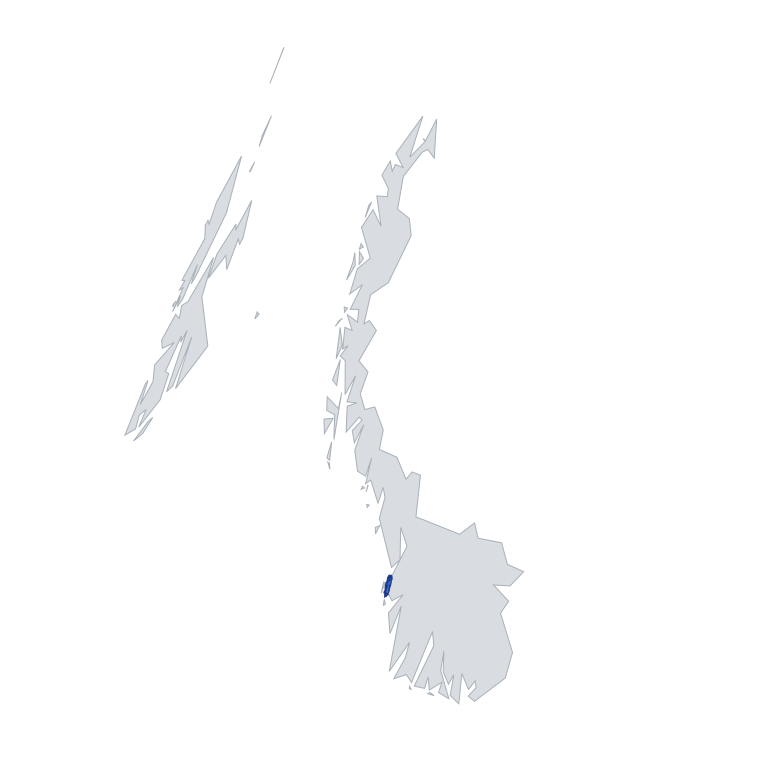 location of Hitra nor, Sør-Trøndelag, Norway, rotated 293°
{"feature_id": "86288312B1227555163680", "entity_name": "Hitra nor", "entity_type": "district", "adm_level": 2, "iso_a3": "NOR", "parent_name": "Norway", "parent_adm1": "Sør-Trøndelag", "projection": "equal_earth", "projection_center": [8.707, 63.554], "detail": "fine", "context": "in_parent", "style": "filled", "palette": "blue", "viewbox_px": 768, "rotation_deg": 293, "n_neighbors": 0, "source": "geoboundaries", "source_scale": "gbopen_adm2", "svg_char_len": 8678}
<svg xmlns="http://www.w3.org/2000/svg" viewBox="0 0 768 768"><g transform="rotate(293 384 384)"><path d="M460.9,336.8L431.5,342.1L436.7,345.7L430.2,356.1L395.6,351.8L388.9,364.5L365.7,366.0L353.0,376.3L359.3,384.5L341.3,401.3L321.9,405.3L321.6,424.5L304.9,441.5L314.1,444.3L314.2,453.2L274.2,465.3L275.2,512.3L291.5,521.7L278.8,530.8L283.8,554.3L266.2,568.0L265.8,585.9L247.4,578.9L241.8,563.4L232.7,583.6L218.6,580.8L187.1,607.2L160.7,610.5L127.3,591.3L129.6,583.5L140.5,587.4L146.6,583.9L135.9,581.2L147.8,568.8L118.9,577.8L123.1,566.6L143.7,561.9L132.8,560.7L142.2,550.9L161.4,543.6L142.6,548.0L119.6,566.7L121.3,554.8L132.1,553.8L120.0,545.3L131.6,539.0L119.7,540.3L117.7,529.9L162.5,532.1L175.1,525.4L119.9,526.0L125.3,518.3L116.6,508.2L140.4,510.6L156.1,508.5L121.5,501.1L186.2,486.7L156.6,487.0L174.9,477.6L197.6,483.9L187.6,476.0L196.6,465.2L243.7,468.6L258.5,455.4L228.5,467.4L218.0,462.6L258.5,432.2L280.1,429.2L288.5,423.6L272.0,425.0L290.4,409.3L285.0,406.0L311.0,401.5L291.9,403.0L293.4,393.7L311.6,383.0L338.6,381.2L318.3,379.7L328.7,373.0L342.1,378.0L343.8,374.2L325.0,367.9L349.2,358.8L356.0,366.3L353.1,356.9L380.5,354.6L359.1,352.3L390.3,339.2L392.8,332.7L405.3,336.0L400.0,332.3L420.9,325.9L420.9,333.7L433.5,323.1L430.6,335.4L442.9,331.7L439.5,323.7L467.0,325.3L453.5,317.3L479.7,314.5L494.4,322.3L519.3,302.1L540.2,305.8L527.9,319.8L554.3,303.9L557.8,313.8L565.5,311.8L575.4,300.5L591.7,302.7L583.0,308.5L590.5,308.7L590.7,317.0L600.9,304.9L645.8,315.1L602.9,319.1L623.1,327.1L648.4,329.0L611.5,342.0L617.0,332.7L612.3,328.6L582.5,320.7L550.2,328.2L546.2,342.7L531.2,351.0L479.1,348.4L460.9,336.8ZM337.4,162.2L366.8,165.0L364.3,169.8L377.4,167.2L383.0,171.3L433.9,177.7L393.1,182.3L350.1,207.0L298.3,193.9L352.3,188.6L299.8,190.3L292.0,186.9L356.4,181.8L342.9,180.7L348.9,178.7L310.1,177.9L309.4,181.8L282.0,184.1L248.5,175.1L267.7,175.0L259.7,170.9L245.6,172.9L235.7,165.5L290.8,164.3L295.1,165.4L270.1,167.7L296.1,170.4L311.8,165.4L340.4,174.8L330.1,166.0L337.4,162.2ZM400.6,157.5L448.0,162.2L460.3,157.5L466.0,158.0L462.8,160.6L486.0,158.8L538.2,163.8L480.2,172.1L409.4,168.6L400.9,167.4L421.0,165.6L383.2,165.4L374.3,163.5L385.2,162.3L367.9,161.1L394.0,161.4L390.7,159.0L401.3,160.2L400.6,157.5ZM438.3,179.5L473.4,185.3L467.6,187.3L501.4,190.5L463.4,197.1L456.3,196.5L460.5,193.2L427.9,194.5L440.5,188.2L412.9,181.0L438.3,179.5ZM343.6,351.7L359.5,348.4L313.4,359.6L336.4,350.6L337.3,341.6L350.0,336.8L343.6,351.7ZM367.6,335.0L389.3,334.3L364.2,341.0L367.6,335.0ZM388.6,330.1L418.9,321.6L403.2,330.5L388.6,330.1ZM233.6,175.7L257.3,181.5L262.8,184.2L244.2,181.2L233.6,175.7ZM328.3,342.5L332.5,350.6L315.1,348.5L328.3,342.5ZM493.5,305.8L482.1,311.2L465.1,308.9L484.3,307.8L493.5,305.8ZM496.2,309.7L491.7,316.0L484.4,314.3L496.2,309.7ZM293.7,360.3L310.4,358.4L292.5,363.8L293.7,360.3ZM653.7,160.5L616.0,161.5L654.9,160.3L653.7,160.5ZM565.0,174.9L587.0,175.6L553.8,176.3L565.0,174.9ZM530.2,301.6L542.5,300.2L546.7,301.5L530.2,301.6ZM504.2,308.1L502.1,311.5L498.4,308.6L504.2,308.1ZM439.4,317.3L439.6,320.8L434.6,319.6L439.4,317.3ZM400.8,239.1L399.5,241.8L393.4,239.6L400.8,239.1ZM538.0,178.2L527.8,177.9L526.6,177.1L538.0,178.2ZM248.6,432.1L252.0,435.4L242.7,434.7L248.6,432.1ZM418.1,316.6L424.5,317.9L428.3,319.9L418.1,316.6ZM374.4,158.8L378.9,160.0L372.2,159.5L374.4,158.8ZM201.2,462.7L190.4,463.1L201.6,461.1L201.2,462.7ZM185.8,468.4L181.8,471.3L180.0,469.8L185.8,468.4ZM289.8,364.7L284.3,367.6L290.2,362.7L289.8,364.7ZM118.0,546.8L116.7,551.9L116.0,545.3L118.0,546.8ZM280.7,406.7L278.2,404.1L281.5,404.2L280.7,406.7ZM625.2,323.9L624.4,326.7L623.9,326.2L625.2,323.9ZM283.8,409.1L277.7,409.7L285.0,408.5L283.8,409.1ZM266.2,415.1L266.8,417.6L263.9,416.8L266.2,415.1ZM115.7,525.7L113.1,528.7L113.7,526.2L115.7,525.7Z" fill="#d9dde1" stroke="#a8b0b8" stroke-width="1"/><path d="M204.6,463.9L204.0,464.2L203.9,464.2L204.0,464.2L203.9,464.2L203.7,464.3L203.8,464.2L203.6,464.3L203.9,464.1L203.4,464.2L203.5,464.1L203.1,464.2L203.1,464.3L203.5,464.4L203.1,464.5L203.3,464.5L203.5,464.5L203.3,464.6L204.1,464.7L203.1,464.9L202.9,465.0L203.1,465.1L202.8,465.2L202.7,465.1L202.9,465.0L202.4,464.9L202.6,464.8L202.2,464.8L202.8,464.7L202.6,464.6L202.8,464.5L202.6,464.5L202.5,464.4L202.6,464.2L199.5,464.5L199.1,464.6L199.3,464.7L199.2,464.7L198.5,464.7L198.3,464.8L198.2,465.0L198.4,465.2L198.3,465.3L198.2,465.2L197.9,465.2L198.2,465.1L198.2,464.8L197.6,464.8L196.9,464.9L196.2,465.3L196.3,465.3L195.9,465.4L196.8,465.5L197.8,465.8L198.1,465.7L197.9,465.8L198.2,465.9L199.1,466.0L199.6,466.0L199.8,466.2L201.0,466.2L199.6,466.2L198.3,466.0L197.5,466.1L196.1,466.5L196.3,466.4L195.6,466.4L195.1,466.2L194.6,466.4L194.4,466.3L194.5,466.3L194.3,466.4L194.4,466.5L194.2,466.5L194.2,466.4L193.9,466.4L193.7,466.4L193.9,466.5L193.6,466.5L192.9,466.6L192.9,466.8L191.9,467.2L192.0,467.3L192.1,467.2L192.1,467.3L192.4,467.2L191.9,467.3L190.9,467.7L190.7,467.9L190.6,468.1L190.9,467.9L191.1,468.0L190.9,467.9L190.6,468.2L190.8,468.2L191.5,467.7L192.0,467.6L192.1,467.4L192.4,467.4L192.5,467.4L192.5,467.2L192.8,467.0L192.7,467.1L192.9,467.1L193.3,466.9L193.6,466.9L193.4,467.0L193.5,467.0L193.3,467.0L193.0,467.1L192.9,467.2L192.3,467.6L190.9,468.2L191.3,468.1L191.0,468.2L190.9,468.4L191.3,468.4L191.1,468.5L190.9,468.8L192.3,468.8L191.7,469.0L192.4,469.0L191.8,469.1L192.2,469.3L192.7,469.3L192.3,469.3L192.6,469.4L192.5,469.5L193.1,469.4L193.4,469.4L193.5,469.5L194.2,469.5L193.9,469.4L195.6,469.5L196.1,469.3L196.4,469.3L196.7,469.1L197.4,468.8L197.3,468.7L198.5,468.5L199.0,468.4L199.1,468.5L200.7,468.1L200.5,468.3L201.2,468.1L201.7,468.1L202.4,468.2L202.3,468.3L203.9,468.0L205.7,467.5L206.2,467.5L207.5,467.3L208.8,466.9L209.1,466.6L210.0,466.3L210.1,466.1L209.9,466.0L210.0,465.9L209.4,465.9L209.0,466.1L209.1,466.3L208.8,466.3L208.5,466.5L208.8,466.2L208.5,466.2L209.0,465.8L208.7,465.9L209.0,465.7L208.7,465.7L208.0,465.4L207.7,465.2L207.3,465.3L207.5,465.4L206.8,465.2L206.2,465.3L205.9,465.5L206.0,465.6L205.8,465.7L205.5,465.7L205.1,465.7L205.3,465.5L205.1,465.4L205.3,465.4L205.2,465.4L205.5,465.3L205.5,465.2L205.3,465.1L205.6,465.0L205.6,464.9L205.1,464.7L204.8,464.7L204.5,464.7L204.4,464.7L205.2,464.6L205.7,464.3L205.8,464.2L205.6,464.2L205.8,464.0L205.6,463.9L205.7,464.0L204.6,463.9ZM208.3,463.7L206.7,463.8L206.9,463.8L206.5,463.9L207.0,464.0L206.5,464.2L207.1,464.2L207.0,464.3L206.2,464.6L206.3,464.6L206.0,464.7L206.6,464.7L206.1,464.8L207.6,464.9L208.0,464.8L207.9,464.8L208.2,464.8L208.1,464.7L208.4,464.7L208.6,464.4L208.8,464.4L208.8,464.5L209.2,464.5L209.2,464.4L209.5,464.4L209.4,464.3L209.7,464.1L209.3,464.0L209.1,464.1L209.1,463.9L208.7,464.0L208.6,463.9L208.6,464.1L208.1,464.1L208.4,463.9L208.3,463.7ZM202.1,463.8L201.0,463.8L201.6,464.0L201.8,464.0L201.6,464.1L201.2,464.0L201.2,463.9L201.0,464.0L200.9,463.9L200.6,464.0L200.4,464.0L200.2,464.1L200.3,464.0L200.2,464.0L199.7,464.2L199.8,464.1L199.7,464.0L199.8,464.1L199.7,464.1L199.2,464.2L199.3,464.2L199.2,464.2L198.8,464.3L198.7,464.2L198.5,464.3L198.8,464.3L198.7,464.4L198.8,464.5L198.7,464.5L199.2,464.6L199.7,464.4L199.9,464.4L200.2,464.3L202.2,464.2L202.8,464.1L202.7,463.9L202.5,464.0L202.6,463.9L202.8,463.8L202.1,463.8L202.1,463.8ZM195.8,465.5L195.3,465.7L194.9,466.1L196.4,466.3L197.4,466.1L197.7,465.8L196.9,465.8L197.1,465.7L196.9,465.6L196.7,465.6L196.8,465.6L196.6,465.7L196.3,465.6L195.8,465.5ZM206.9,463.2L206.5,463.3L206.5,463.5L206.8,463.6L207.1,463.7L208.1,463.7L207.8,463.3L206.9,463.2ZM193.0,465.5L192.5,465.5L192.9,465.6L192.3,465.5L192.2,465.6L192.5,465.7L192.1,465.7L192.6,465.7L192.1,465.8L192.4,465.8L192.5,465.8L192.4,465.8L192.7,465.9L192.5,466.0L193.0,465.8L192.9,465.8L193.3,465.7L193.0,465.5ZM191.8,468.9L190.9,468.8L191.1,469.0L190.8,468.9L190.5,469.0L191.0,469.0L190.8,469.1L191.0,469.1L190.9,469.2L191.3,469.4L191.2,469.2L191.6,469.0L191.4,469.0L191.8,468.9ZM191.7,467.0L191.0,467.3L191.3,467.3L190.9,467.3L191.0,467.5L191.0,467.4L190.9,467.4L191.1,467.4L191.1,467.5L191.4,467.5L191.5,467.4L191.4,467.4L191.5,467.3L191.3,467.3L191.6,467.2L191.7,467.0ZM193.8,465.9L193.0,465.8L192.9,466.0L193.2,466.1L193.8,465.9ZM189.6,467.7L189.3,467.8L189.7,467.9L189.6,468.1L189.8,468.1L190.0,467.8L189.9,467.8L190.0,467.7L189.6,467.8L189.6,467.7ZM191.1,467.1L190.5,467.2L190.2,467.3L190.6,467.4L191.1,467.2L191.1,467.1ZM208.2,467.1L208.1,467.3L207.1,467.6L208.1,467.4L208.2,467.1ZM194.8,465.7L194.2,465.6L194.3,465.6L194.2,465.6L194.2,465.8L194.6,465.9L194.6,465.7L194.8,465.7ZM192.7,466.7L192.2,466.7L192.2,466.8L191.9,466.8L192.0,466.9L192.3,466.9L192.7,466.7ZM198.5,464.4L198.0,464.5L197.7,464.6L198.0,464.7L198.5,464.6L198.5,464.4ZM209.1,463.4L208.8,463.5L209.5,463.7L209.1,463.6L209.1,463.4Z" fill="#3b82f6" stroke="#1e3a8a" stroke-width="1.5"/></g></svg>